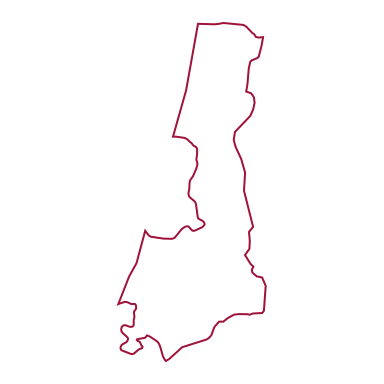 HaMerkaz, Equal Earth projection
{"feature_id": "ISR-3055", "entity_name": "HaMerkaz", "entity_type": "District", "adm_level": 1, "iso_a3": "ISR", "parent_name": "Israel", "parent_adm1": "", "projection": "equal_earth", "projection_center": [34.823, 32.087], "detail": "fine", "context": "isolated", "style": "outline", "palette": "rose", "viewbox_px": 384, "rotation_deg": 0, "n_neighbors": 0, "source": "natural_earth", "source_scale": "10m", "svg_char_len": 3098}
<svg xmlns="http://www.w3.org/2000/svg" viewBox="0 0 384 384"><path d="M263.1,37.1L261.5,46.0L258.7,56.8L257.2,58.1L251.9,60.3L250.4,61.5L248.8,68.1L247.4,84.7L246.2,91.5L251.1,93.3L253.9,97.2L254.6,102.7L253.2,109.4L250.3,115.9L235.0,131.9L233.7,139.8L235.5,146.6L241.2,159.0L245.1,172.6L244.0,190.7L253.1,226.9L249.0,231.9L249.8,241.0L249.4,248.9L245.0,255.0L250.8,264.3L253.4,266.7L251.8,269.7L252.4,272.6L256.8,276.4L262.1,277.5L265.7,285.8L263.9,310.8L262.2,313.0L252.9,313.5L249.7,314.7L247.3,314.2L239.0,314.1L234.2,314.6L227.9,318.0L223.2,321.7L219.2,321.6L215.3,325.9L214.2,327.5L211.3,335.3L208.8,338.1L206.3,339.6L182.2,347.2L169.2,359.0L165.9,361.0L165.4,360.5L164.5,359.2L163.8,358.0L162.9,356.1L160.3,347.0L159.3,344.4L158.0,342.3L156.7,341.1L150.0,336.6L148.0,335.8L146.9,335.5L145.6,337.3L144.7,337.9L138.2,339.0L137.0,339.4L136.8,340.0L137.2,340.5L137.8,341.0L138.6,341.3L139.4,341.7L140.0,342.3L140.4,343.0L140.7,343.9L141.0,344.7L141.4,345.5L142.0,346.1L142.5,346.7L142.5,347.4L141.9,348.2L139.7,349.0L138.1,350.0L134.0,353.5L132.6,354.1L130.8,353.9L121.3,350.2L121.0,349.7L120.8,349.1L120.7,348.5L120.5,347.8L120.7,346.9L121.0,346.1L121.4,345.4L121.9,344.8L123.2,343.9L125.5,342.7L126.1,342.3L126.7,341.8L127.2,341.2L127.6,340.4L127.9,339.5L128.0,338.6L127.8,337.9L126.1,336.0L123.5,333.8L122.3,332.6L121.6,331.6L121.5,331.1L121.3,330.3L121.2,329.4L121.3,328.6L121.5,328.0L121.6,327.4L122.3,326.4L122.6,326.0L123.1,325.6L123.9,325.3L124.7,325.2L126.4,325.5L128.8,326.5L130.4,326.8L131.0,326.9L131.7,326.8L132.4,326.6L133.0,326.2L133.5,325.5L133.7,324.5L133.7,320.0L134.2,318.2L134.3,317.4L134.4,316.4L134.0,313.1L133.9,312.4L134.1,311.6L134.5,310.9L135.6,309.6L136.0,308.7L136.2,307.4L135.8,305.0L135.1,304.1L134.3,303.8L133.5,304.0L132.3,304.0L130.7,303.8L127.5,302.3L125.6,301.9L124.1,302.0L123.3,302.4L119.8,303.5L118.3,304.1L129.1,276.5L136.5,263.2L145.2,230.8L148.7,235.4L150.7,236.7L163.4,238.6L171.5,238.8L172.8,238.6L174.2,238.0L174.5,237.8L174.7,237.7L180.6,230.5L181.0,229.9L181.6,229.2L182.7,228.4L185.1,226.8L186.6,226.3L187.8,226.3L188.5,226.6L189.1,227.1L190.7,229.0L192.2,230.5L193.3,230.9L195.1,230.5L202.0,227.3L203.7,225.8L204.6,224.4L204.5,223.5L204.2,222.8L204.0,222.4L203.0,221.4L202.4,220.8L198.9,218.9L198.2,218.4L197.9,217.7L197.7,216.7L196.0,204.3L195.7,203.4L195.4,202.5L194.9,201.8L193.8,200.6L192.0,199.2L191.4,198.6L190.2,197.7L189.9,197.2L189.5,196.9L189.2,196.3L188.9,195.5L188.6,194.6L188.5,193.6L188.5,192.7L188.9,190.7L189.3,188.8L189.5,183.6L189.9,181.2L190.2,180.2L192.8,176.5L193.6,174.9L196.3,168.6L197.4,164.6L197.4,163.5L197.3,162.5L196.5,160.2L196.4,159.4L196.5,158.3L196.8,156.5L197.1,154.3L197.1,150.4L197.1,149.3L196.8,148.4L196.5,147.6L196.0,147.0L193.8,145.8L193.2,145.3L192.7,144.7L191.8,143.3L189.9,141.9L187.6,139.6L186.9,139.1L185.5,138.3L183.8,137.8L175.5,136.6L173.0,136.7L186.1,90.4L198.0,23.8L214.4,24.3L219.0,23.9L219.8,23.6L223.6,23.0L243.2,24.9L244.5,25.5L246.2,26.6L252.4,33.0L253.7,33.9L254.5,34.6L255.0,35.4L255.4,36.2L255.9,36.9L258.5,37.6L262.9,37.1L263.1,37.1Z" fill="none" stroke="#9f1239" stroke-width="2"/></svg>